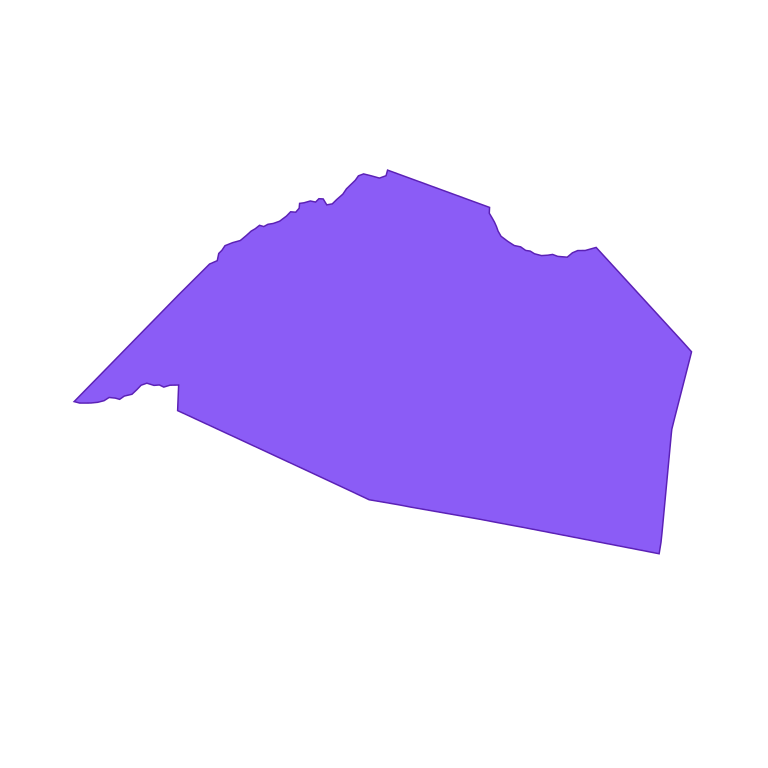 Nova Russas, Ceará, Brazil, rotated 81°
{"feature_id": "56859067B90768610355048", "entity_name": "Nova Russas", "entity_type": "district", "adm_level": 2, "iso_a3": "BRA", "parent_name": "Brazil", "parent_adm1": "Ceará", "projection": "orthographic", "projection_center": [-40.574, -4.711], "detail": "fine", "context": "isolated", "style": "filled", "palette": "violet", "viewbox_px": 768, "rotation_deg": 81, "n_neighbors": 0, "source": "geoboundaries", "source_scale": "gbopen_adm2", "svg_char_len": 1415}
<svg xmlns="http://www.w3.org/2000/svg" viewBox="0 0 768 768"><g transform="rotate(81 384 384)"><path d="M219.8,503.5L220.7,511.4L222.5,519.4L226.6,523.2L229.2,526.8L236.1,529.4L238.2,537.5L261.4,569.6L264.3,573.6L352.9,692.8L355.2,687.6L356.2,681.4L356.9,676.5L357.3,669.7L356.7,663.1L354.3,657.6L355.9,651.6L357.8,647.5L355.3,642.4L354.7,634.5L350.8,628.8L347.2,624.1L346.1,618.1L349.4,611.4L349.8,606.0L352.6,602.0L351.7,595.5L352.9,587.0L378.0,592.0L424.2,523.2L439.8,500.0L479.2,441.5L496.0,416.8L505.5,388.7L507.1,384.2L509.8,376.8L532.3,311.3L538.9,292.9L544.6,276.9L546.7,270.9L594.7,138.8L583.8,135.2L574.9,132.8L478.1,108.0L473.7,106.8L464.5,102.9L405.5,77.4L400.3,75.2L388.7,82.7L282.3,153.1L282.9,158.3L283.6,164.4L282.5,171.8L283.9,177.4L287.4,183.2L285.1,192.5L282.4,197.2L282.4,202.0L281.8,208.4L278.9,215.0L275.6,218.8L274.2,223.2L269.9,227.6L267.6,233.7L262.6,239.3L256.4,245.3L250.9,247.4L246.1,248.3L241.3,249.6L237.0,251.2L231.8,253.3L226.1,252.1L173.3,347.0L178.6,349.4L179.9,356.3L176.3,364.2L173.3,371.3L174.4,376.7L178.3,380.5L182.5,386.5L185.3,390.5L190.0,394.9L194.5,402.0L198.0,406.9L198.1,412.5L191.7,415.1L190.8,419.3L193.6,423.1L191.7,428.1L192.5,434.7L192.4,439.1L197.1,440.3L200.5,444.3L199.3,449.3L202.9,454.1L206.9,461.7L208.1,468.3L208.1,473.7L209.7,478.1L207.8,482.1L210.5,486.9L212.2,491.3L216.0,497.1L219.8,503.5Z" fill="#8b5cf6" stroke="#5b21b6" stroke-width="1.5"/></g></svg>